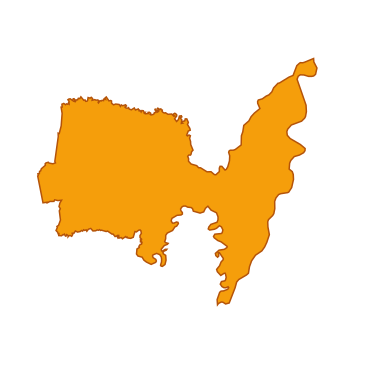 Gualeguay, Entre Ríos, Argentina, rotated 258°
{"feature_id": "61730980B31839589787630", "entity_name": "Gualeguay", "entity_type": "district", "adm_level": 2, "iso_a3": "ARG", "parent_name": "Argentina", "parent_adm1": "Entre Ríos", "projection": "mercator", "projection_center": [-59.609, -33.183], "detail": "fine", "context": "isolated", "style": "filled", "palette": "amber", "viewbox_px": 384, "rotation_deg": 258, "n_neighbors": 0, "source": "geoboundaries", "source_scale": "gbopen_adm2", "svg_char_len": 6050}
<svg xmlns="http://www.w3.org/2000/svg" viewBox="0 0 384 384"><g transform="rotate(258 192 192)"><path d="M76.4,193.5L77.5,194.8L78.3,197.7L77.8,199.3L75.5,201.6L75.7,205.3L89.3,214.2L94.7,217.0L96.7,219.6L99.5,228.0L100.8,230.3L107.0,232.7L112.3,236.0L117.0,241.0L119.9,248.1L123.1,251.6L127.2,254.7L134.2,258.8L142.0,259.0L147.2,259.9L149.1,261.1L152.2,266.0L153.8,267.5L158.4,269.5L165.6,270.9L168.8,272.9L171.5,276.2L171.9,278.4L171.5,285.4L171.8,286.6L175.6,290.4L183.2,293.9L188.1,294.7L191.1,294.3L194.2,291.8L199.9,293.5L202.3,295.2L205.4,299.4L205.8,304.8L207.2,309.3L208.9,311.1L211.0,311.7L215.9,307.9L223.9,299.1L227.7,297.0L231.3,297.3L233.6,298.7L236.9,303.1L238.5,313.9L240.7,317.4L242.2,318.7L246.8,320.6L253.2,321.6L280.4,318.2L283.2,320.0L284.1,322.3L283.2,325.8L280.9,330.0L280.2,333.2L280.2,335.1L281.4,337.3L287.3,340.0L293.9,338.2L297.3,338.7L295.5,328.8L295.4,327.0L296.0,324.8L295.3,323.3L293.8,320.8L285.0,315.1L284.2,310.7L280.4,300.0L280.5,298.7L276.9,293.5L273.4,291.0L271.0,287.4L270.4,284.5L268.5,280.2L268.2,276.0L266.9,275.0L265.0,274.7L259.5,275.8L256.2,269.4L253.4,265.5L249.7,262.4L246.4,256.5L240.3,254.2L236.7,252.0L227.8,249.9L224.6,243.2L224.3,241.2L224.9,238.0L224.4,236.8L223.2,236.1L219.5,236.4L214.6,235.1L209.2,232.2L207.0,230.2L206.6,228.9L210.9,226.5L211.3,224.8L209.7,223.7L206.3,223.0L203.9,218.9L204.4,217.5L207.9,214.8L208.6,210.9L213.9,205.4L214.4,203.5L216.8,202.1L219.5,197.0L222.8,195.0L225.3,195.6L227.8,195.2L228.9,196.8L228.4,198.0L228.8,198.7L231.5,200.0L232.7,201.7L238.7,200.6L241.7,201.1L244.9,200.8L247.4,202.1L248.4,200.9L247.8,199.2L248.7,198.6L252.4,201.0L252.8,203.1L254.7,203.1L259.0,201.6L260.8,202.9L264.6,202.1L264.9,200.6L263.1,199.7L262.9,196.6L262.2,196.2L261.3,197.1L261.3,195.8L264.8,197.0L266.9,195.9L267.6,197.7L268.8,197.4L268.9,195.5L265.7,193.8L264.2,191.6L267.2,190.2L269.5,192.8L270.6,193.1L272.0,192.3L272.6,191.5L272.1,190.1L271.3,189.6L270.0,190.8L269.8,190.1L272.5,188.3L273.0,184.6L275.0,182.6L275.0,181.4L275.8,180.3L277.0,179.5L278.3,180.0L278.9,178.9L279.8,178.8L279.6,177.5L281.1,176.0L280.7,175.6L279.1,176.7L277.8,176.1L277.4,174.8L279.0,175.0L279.3,174.1L280.6,173.8L280.7,173.2L280.1,172.8L279.0,173.6L277.3,173.1L277.5,171.7L276.5,171.3L275.9,169.9L275.9,167.9L276.8,167.2L277.6,168.0L278.9,166.8L279.0,165.6L277.9,165.5L278.2,162.6L278.9,161.8L279.7,162.8L280.0,161.6L281.6,161.3L282.1,159.9L280.9,158.9L282.1,158.6L282.3,157.3L283.1,157.6L283.5,156.8L284.4,156.7L284.0,153.7L286.2,153.0L285.0,149.8L286.1,147.9L287.6,147.5L287.3,147.0L287.8,145.0L289.0,144.1L289.8,145.8L291.1,145.2L290.8,142.1L291.9,140.9L290.6,139.8L292.8,138.9L293.9,135.6L293.6,133.4L295.5,131.8L297.8,132.2L298.4,131.5L298.4,129.7L302.8,127.9L301.9,126.3L300.5,126.7L301.2,125.1L299.8,124.5L300.4,123.1L299.9,122.4L300.4,121.0L298.6,119.0L299.1,118.8L300.5,119.7L301.6,119.1L301.8,117.2L302.6,116.1L302.5,113.4L304.1,114.2L305.6,113.1L305.0,111.9L306.0,110.0L303.4,109.0L302.6,108.1L302.8,106.8L304.3,106.5L304.2,105.2L308.2,103.1L306.7,101.7L307.3,100.3L306.0,99.3L306.1,97.9L304.6,96.6L305.2,95.5L306.4,96.8L307.8,96.0L307.9,95.2L306.3,94.3L308.5,92.2L308.5,90.7L308.1,89.8L306.1,90.6L303.8,90.1L304.7,89.6L303.6,88.8L304.3,87.6L303.7,86.4L305.3,85.0L304.9,83.0L302.1,82.7L302.2,81.6L295.9,81.3L283.9,77.8L276.8,74.3L277.4,73.3L274.0,72.7L250.5,64.2L248.9,64.5L248.5,61.8L250.0,58.2L251.0,57.6L250.8,55.2L250.1,54.2L248.6,54.1L246.1,49.5L244.1,48.3L243.9,47.2L241.7,46.5L241.9,45.1L240.0,45.0L239.7,44.4L212.4,44.0L212.1,48.2L211.5,48.1L212.3,51.1L211.5,55.0L212.9,56.0L211.5,59.1L211.1,62.7L208.7,60.5L205.4,58.9L203.0,59.7L201.2,58.3L191.9,57.5L187.1,54.5L186.4,52.7L185.3,52.9L182.6,51.0L180.6,52.2L178.9,52.4L178.9,53.1L177.1,52.6L176.3,55.3L177.2,57.0L176.8,57.6L177.3,58.4L175.3,59.0L175.0,59.5L176.4,60.6L175.1,61.8L174.0,61.5L174.8,62.6L174.8,63.8L173.7,65.1L175.2,66.5L176.5,66.2L176.3,68.1L178.1,69.8L176.6,71.7L176.6,74.6L177.3,75.9L176.5,76.9L177.6,78.1L176.7,79.1L177.0,80.6L175.5,81.0L177.1,82.9L177.4,85.4L174.5,87.0L174.1,89.7L174.6,91.4L174.0,92.5L174.4,93.8L173.4,94.5L173.5,95.5L171.2,99.8L171.3,101.3L167.5,104.9L167.2,106.1L164.4,107.5L164.7,109.3L163.4,109.7L165.0,110.3L164.8,111.3L162.1,110.9L162.1,113.4L160.7,114.2L162.2,117.9L161.1,118.3L161.3,119.3L160.4,119.6L159.4,122.4L159.9,125.1L165.2,128.0L164.5,129.3L165.7,131.9L165.7,133.3L164.9,133.9L162.2,133.9L160.1,132.0L158.1,131.7L156.4,132.8L155.9,131.6L154.7,132.2L154.7,131.4L154.0,131.2L153.0,132.5L151.5,131.8L151.5,130.5L149.9,128.8L148.7,128.9L147.7,126.3L142.9,124.8L140.6,125.8L138.6,129.7L135.3,130.8L133.0,132.8L129.7,137.0L130.7,141.8L131.9,142.8L133.6,142.6L135.9,140.3L137.7,140.1L138.6,140.8L139.3,144.6L137.5,147.4L135.0,148.4L132.7,148.3L129.9,147.6L126.9,146.0L125.9,146.4L125.4,147.6L126.7,150.5L130.6,152.4L135.5,153.1L137.5,151.1L138.9,151.0L140.0,152.3L140.4,154.6L141.2,155.5L141.5,153.9L140.3,150.7L140.7,150.0L142.4,150.0L145.4,153.8L145.9,157.0L146.7,158.0L148.0,155.6L149.2,155.0L151.7,156.5L155.1,157.3L157.0,159.3L158.4,165.0L161.4,168.0L161.8,169.9L163.9,172.1L165.2,172.0L165.9,170.6L165.3,167.9L165.7,166.4L168.1,165.6L170.4,166.9L172.3,172.5L171.8,176.5L172.4,178.0L173.9,178.3L176.2,177.2L177.8,177.3L179.5,179.1L180.0,180.6L179.6,182.8L178.1,184.6L176.9,188.1L175.4,189.1L173.0,189.3L169.7,195.5L170.1,199.3L173.3,201.8L174.8,204.6L170.4,206.8L166.6,211.6L162.3,212.3L159.3,211.6L157.2,210.2L156.4,203.7L154.3,201.2L152.5,200.2L151.1,201.4L150.9,206.1L151.4,208.5L153.3,211.8L151.8,213.5L148.5,214.3L145.9,213.1L145.3,211.9L146.0,205.6L144.1,203.8L142.6,204.2L139.2,207.1L137.1,210.2L131.5,215.1L130.4,214.6L129.2,211.7L129.5,206.4L127.1,202.1L124.8,202.1L122.9,203.5L123.9,204.9L127.1,205.1L126.9,206.2L120.5,208.8L119.3,208.4L117.5,205.9L114.1,203.6L111.2,200.0L108.8,200.2L104.4,202.8L105.8,206.5L105.7,207.5L104.7,207.7L101.4,207.7L99.0,206.5L98.3,205.7L98.3,202.2L96.0,200.5L93.3,201.6L91.8,203.2L91.3,205.2L91.8,207.6L90.8,208.0L89.4,206.7L88.7,202.3L89.0,199.8L88.1,198.2L81.5,194.2L76.4,193.5Z" fill="#f59e0b" stroke="#b45309" stroke-width="1.5"/></g></svg>